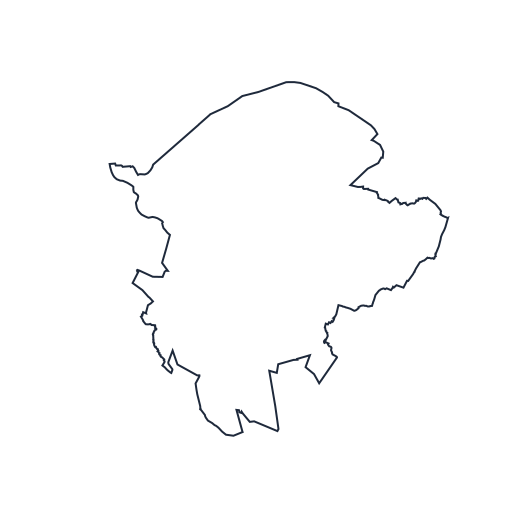 Kota Palembang, Sumatera Selatan, Indonesia, rotated 110°
{"feature_id": "22746128B87825164980488", "entity_name": "Kota Palembang", "entity_type": "district", "adm_level": 2, "iso_a3": "IDN", "parent_name": "Indonesia", "parent_adm1": "Sumatera Selatan", "projection": "orthographic", "projection_center": [104.768, -2.979], "detail": "fine", "context": "isolated", "style": "outline", "palette": "slate", "viewbox_px": 512, "rotation_deg": 110, "n_neighbors": 0, "source": "geoboundaries", "source_scale": "gbopen_adm2", "svg_char_len": 6004}
<svg xmlns="http://www.w3.org/2000/svg" viewBox="0 0 512 512"><g transform="rotate(110 256 256)"><path d="M110.4,323.6L124.8,333.7L138.5,347.5L138.9,347.6L151.9,354.7L152.3,354.8L205.3,383.9L208.2,383.8L211.6,384.5L215.1,386.0L216.3,387.1L217.4,388.4L218.7,392.8L219.2,393.7L220.2,394.6L217.9,397.4L214.9,400.5L213.9,402.6L215.2,404.2L214.6,404.9L217.8,411.8L217.1,412.8L217.0,413.7L218.9,418.7L217.3,420.0L219.6,425.0L222.7,423.2L226.6,420.3L228.9,418.0L230.3,416.1L231.2,413.9L231.5,413.0L231.6,409.5L230.9,406.8L231.2,401.9L232.1,397.5L232.6,395.7L233.0,394.9L235.8,393.9L237.7,392.7L238.0,392.0L238.4,390.0L238.9,388.9L239.4,387.7L240.4,387.0L243.5,386.6L245.0,386.8L246.5,387.1L247.2,387.0L251.3,384.6L252.7,383.4L254.0,382.0L255.3,379.7L255.8,380.0L255.3,379.7L256.2,377.7L256.7,374.2L256.9,371.2L256.8,370.0L254.7,366.6L254.3,364.3L254.2,361.5L254.5,359.8L255.2,356.6L255.5,355.8L256.0,355.2L256.9,356.0L256.8,355.9L257.4,355.3L259.3,354.1L261.5,352.4L262.5,350.4L264.4,347.3L265.6,344.1L279.7,342.9L294.6,341.9L300.1,333.8L300.6,335.4L301.3,336.4L301.2,336.4L307.6,336.6L310.8,345.9L309.6,360.3L309.6,362.7L310.0,362.9L310.2,362.6L311.2,362.3L311.5,361.2L323.6,362.7L326.9,351.1L331.3,342.9L331.4,342.1L333.9,337.3L336.5,338.6L339.2,340.7L346.9,340.0L347.5,339.6L347.4,342.8L349.9,342.5L350.1,343.1L351.2,342.5L352.3,343.4L354.4,340.8L354.7,340.6L355.1,340.0L355.8,339.7L357.6,336.7L357.8,336.2L357.3,334.4L356.7,333.0L356.6,332.9L356.0,332.2L356.3,330.9L356.6,330.6L355.9,328.4L355.6,327.1L356.0,326.9L356.8,326.9L357.2,326.2L357.6,326.1L358.1,326.2L358.4,324.9L358.7,324.9L359.0,324.7L359.3,325.1L359.5,324.9L359.7,325.1L359.9,325.5L360.5,325.8L361.4,326.0L361.7,325.8L362.4,326.1L363.4,326.0L363.5,325.9L363.8,325.9L364.0,326.2L364.7,326.2L364.8,325.9L365.4,325.8L365.8,325.6L366.1,325.2L367.0,325.0L367.7,324.6L368.2,324.5L368.9,324.1L369.5,324.1L369.9,323.5L370.3,323.4L370.8,323.5L371.8,323.1L372.0,322.8L372.0,322.5L372.2,322.4L372.5,322.7L372.8,322.4L372.7,322.0L372.8,321.8L373.3,321.6L373.9,321.6L374.6,321.2L375.7,320.1L375.7,319.6L375.9,319.5L375.7,319.1L376.1,318.9L376.0,318.6L376.5,318.2L377.4,316.9L377.1,316.6L377.1,316.4L377.9,315.9L378.2,315.9L378.7,315.5L379.0,315.6L378.9,315.2L379.4,315.2L379.7,314.9L379.8,314.5L380.4,313.8L380.4,313.5L381.0,313.6L381.3,313.4L381.2,313.2L381.8,312.5L381.9,311.7L382.4,311.8L382.7,311.6L383.3,310.7L383.3,309.7L384.6,306.8L384.8,306.7L385.5,307.0L385.7,306.8L386.0,306.2L386.4,305.8L386.9,305.7L390.9,306.5L391.8,303.6L393.1,301.2L393.9,299.2L394.8,296.4L394.9,295.6L391.6,295.6L391.2,295.8L390.9,296.0L387.4,301.2L386.4,301.9L385.5,302.1L373.4,302.0L384.8,292.7L388.3,270.4L387.5,268.4L388.1,268.1L389.8,268.2L396.4,269.2L402.0,266.2L406.0,263.9L416.1,257.1L418.1,256.2L418.3,256.0L418.5,256.2L419.1,256.1L419.5,254.9L422.9,249.6L423.9,249.0L425.0,247.9L427.1,244.9L428.0,240.0L429.1,237.1L429.2,235.6L429.8,233.6L430.4,232.1L432.6,227.8L434.2,223.1L432.6,215.7L426.0,208.4L425.8,208.6L407.3,221.7L406.7,219.3L408.5,218.1L408.5,216.3L407.2,216.3L408.4,214.7L414.0,205.1L412.0,201.2L413.2,176.0L410.9,175.7L390.4,186.6L359.3,204.3L358.7,196.5L350.1,198.1L340.8,185.2L339.3,181.6L338.6,182.1L330.8,171.4L343.5,171.4L347.1,161.1L354.0,153.1L323.7,145.2L323.2,145.5L323.0,146.0L323.0,146.4L322.8,146.7L322.3,150.4L321.8,150.8L321.6,151.1L321.1,151.5L320.7,151.5L320.4,151.7L319.7,152.5L318.8,153.3L316.6,153.6L316.0,154.1L315.7,154.7L315.8,156.3L315.2,157.3L314.5,158.1L313.4,157.9L313.3,159.5L313.1,161.1L314.3,161.9L314.2,162.2L313.4,162.8L312.4,162.9L310.9,162.3L311.0,161.7L306.8,161.2L306.5,161.3L304.9,162.2L304.3,162.8L303.7,162.8L303.5,163.6L302.8,164.4L302.5,164.4L302.3,165.0L299.6,166.6L299.6,166.9L295.7,167.3L295.7,165.0L293.3,164.7L293.5,163.1L291.4,162.6L291.7,161.5L290.0,161.1L289.0,161.1L289.0,161.3L287.6,161.2L287.7,162.0L285.4,160.9L283.3,160.6L274.0,161.7L273.6,158.1L273.8,157.2L273.5,155.5L273.6,154.0L273.4,152.2L273.3,149.2L273.9,145.0L273.3,144.1L272.5,143.3L270.0,141.8L269.1,142.2L266.8,140.2L265.8,138.3L265.6,137.5L265.6,136.5L265.1,135.5L265.2,133.7L264.7,132.4L264.3,131.7L264.0,131.6L263.2,129.9L260.9,130.1L260.3,130.0L259.4,130.2L258.8,130.1L256.3,130.1L251.8,130.4L246.5,128.6L245.9,128.0L245.0,127.6L243.2,125.6L242.8,124.8L243.0,123.3L241.7,122.2L241.9,117.5L239.4,116.8L238.1,116.7L238.5,115.7L235.4,114.0L235.3,106.6L227.6,105.6L227.4,104.5L219.3,102.2L216.5,101.8L216.5,101.6L214.8,101.6L212.6,101.3L205.8,99.8L205.4,99.2L203.2,97.2L202.7,96.4L200.9,95.3L198.9,94.3L199.0,93.5L198.4,92.3L198.5,91.1L198.4,90.6L197.6,89.2L197.9,88.0L197.3,87.5L196.0,87.8L195.7,87.7L194.8,87.0L194.4,87.5L193.0,87.7L192.9,88.1L192.1,88.2L191.6,87.8L191.1,87.8L184.5,87.5L177.4,88.2L174.7,88.7L171.7,88.6L167.3,88.0L164.0,87.9L154.4,88.6L154.8,89.0L154.5,91.1L154.6,92.3L154.4,93.4L154.4,94.3L154.1,94.7L154.2,95.5L153.7,97.0L152.8,96.8L152.1,97.3L150.8,97.4L149.8,98.4L145.7,105.3L143.7,112.0L142.5,114.9L144.1,115.6L143.5,116.6L144.2,118.8L145.4,119.2L145.3,120.5L146.3,121.4L146.1,122.1L146.3,122.8L148.6,122.5L148.9,122.9L148.9,124.4L150.7,124.3L152.0,124.8L152.6,125.2L152.9,126.2L152.9,126.8L153.9,128.8L154.1,128.8L154.8,129.6L155.2,129.8L156.5,130.8L156.4,131.5L155.7,132.7L155.7,133.0L155.2,133.8L154.9,133.8L155.8,135.7L156.1,136.0L156.9,136.3L157.2,137.3L157.5,137.2L158.1,138.0L156.9,138.8L156.9,140.5L154.6,142.1L154.8,142.5L153.9,144.7L157.8,147.3L160.4,148.7L160.1,149.3L160.2,149.5L159.9,150.3L159.6,150.4L159.4,150.6L159.1,152.2L159.2,153.7L159.1,154.4L159.6,154.6L160.0,156.5L159.6,159.7L159.6,160.9L158.1,161.5L157.3,162.1L156.7,162.2L155.9,163.3L155.6,163.5L155.3,164.1L154.6,164.2L155.2,173.3L154.5,173.6L156.4,178.2L156.6,178.2L154.1,179.1L155.4,181.5L156.3,183.9L157.1,191.5L135.7,180.9L126.9,172.9L120.6,171.9L120.3,170.5L114.4,172.1L109.2,177.4L107.5,184.8L107.5,186.9L99.9,183.6L96.2,188.1L93.9,192.7L87.3,218.8L87.1,229.8L84.4,230.7L84.7,235.2L80.7,243.0L79.1,249.4L77.8,256.9L78.2,273.5L79.5,279.4L82.3,287.0L101.0,309.8L110.4,323.6Z" fill="none" stroke="#1e293b" stroke-width="2"/></g></svg>